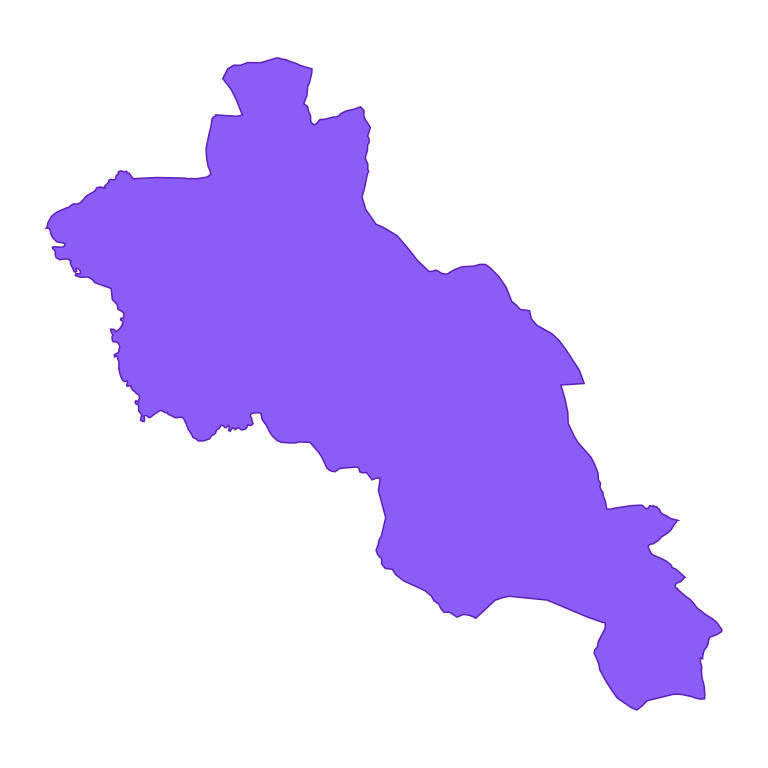 outline of Kalambo, Rukwa, United Republic of Tanzania
{"feature_id": "72390352B91916326383066", "entity_name": "Kalambo", "entity_type": "district", "adm_level": 2, "iso_a3": "TZA", "parent_name": "United Republic of Tanzania", "parent_adm1": "Rukwa", "projection": "mercator", "projection_center": [31.558, -8.538], "detail": "fine", "context": "isolated", "style": "filled", "palette": "violet", "viewbox_px": 768, "rotation_deg": 0, "n_neighbors": 0, "source": "geoboundaries", "source_scale": "gbopen_adm2", "svg_char_len": 6039}
<svg xmlns="http://www.w3.org/2000/svg" viewBox="0 0 768 768"><path d="M365.2,158.1L367.5,150.0L367.6,144.7L368.6,143.6L369.3,141.3L368.9,138.4L367.7,136.1L370.4,127.7L367.7,123.0L365.5,120.2L363.8,115.6L364.0,110.4L360.5,106.8L353.0,109.5L347.8,110.5L344.6,111.6L340.3,114.0L339.1,115.7L335.8,117.0L333.3,117.0L324.7,119.3L320.0,119.5L316.3,123.7L314.4,124.7L312.8,124.1L311.1,122.3L310.7,120.3L310.6,115.8L308.1,110.3L308.1,108.3L307.7,106.7L304.1,103.9L304.1,102.5L307.0,95.4L307.7,86.5L307.9,85.5L309.1,84.1L309.8,81.3L311.8,72.9L312.0,68.9L300.5,65.5L295.6,63.2L289.7,61.4L286.0,59.7L281.9,59.1L278.9,58.0L276.2,58.0L260.8,62.7L247.5,62.6L240.5,65.3L233.8,65.2L227.8,68.6L222.8,78.6L231.1,89.4L236.0,99.1L242.3,114.9L237.3,116.3L215.8,114.9L215.8,116.1L214.1,116.5L212.1,118.6L210.9,126.6L208.9,134.6L206.1,148.4L206.4,155.8L208.1,166.5L210.0,170.5L210.7,174.6L206.8,177.1L197.8,178.6L186.9,178.6L185.4,178.1L157.1,177.5L133.1,178.7L129.2,173.2L127.1,172.9L126.6,171.2L123.9,172.0L121.3,170.8L118.6,171.6L118.2,172.9L118.4,173.9L116.9,174.9L116.3,175.8L115.6,178.6L114.8,179.4L113.1,179.9L110.7,179.3L109.3,179.9L108.7,181.1L108.9,182.1L104.9,185.9L104.3,186.9L105.0,187.8L103.6,188.0L101.7,187.2L99.9,187.0L98.7,187.2L98.5,187.9L96.6,187.9L95.1,190.6L92.7,192.4L88.8,194.4L85.6,196.7L82.6,200.5L79.6,203.2L76.8,204.1L73.5,203.9L70.4,205.7L68.4,207.8L67.2,207.6L56.7,212.2L51.4,216.4L47.9,222.9L47.1,226.7L46.1,228.1L48.4,228.0L50.0,229.9L51.1,234.5L52.7,237.6L55.2,240.4L57.6,242.2L63.0,242.8L64.9,243.7L65.2,244.4L64.1,246.3L62.1,247.2L54.7,246.8L52.3,247.1L53.0,249.1L55.2,251.0L55.3,255.0L56.1,257.6L60.0,259.8L63.5,259.1L67.7,258.9L71.0,261.1L70.2,262.6L71.3,265.5L73.1,268.9L73.5,270.7L74.2,271.6L75.5,272.3L76.9,271.1L75.8,269.4L76.6,268.1L78.9,269.2L80.2,270.9L80.6,273.5L76.0,273.8L75.3,275.5L80.5,277.3L88.0,277.0L92.4,279.6L94.9,282.7L111.2,288.5L112.3,299.5L117.3,304.7L117.9,309.2L121.5,311.2L123.4,312.7L124.0,314.9L123.3,317.8L123.0,318.2L121.0,318.3L120.6,319.4L120.6,320.0L122.5,321.0L123.2,322.2L121.4,326.6L118.9,329.4L115.8,331.9L114.2,329.4L110.5,329.2L111.0,331.4L112.3,334.1L113.0,334.9L112.1,336.5L112.1,339.1L112.6,341.1L113.5,341.8L116.5,342.0L118.3,343.3L119.2,344.6L119.7,347.0L119.0,349.7L119.0,351.4L117.1,353.4L115.1,353.9L114.2,355.0L114.6,356.9L115.8,356.3L117.5,356.5L117.7,358.5L118.9,362.2L118.9,369.7L120.8,376.7L122.3,379.8L124.1,381.5L124.8,381.7L126.5,380.9L127.4,381.7L127.4,383.0L126.6,384.8L126.8,385.9L127.7,386.4L129.9,385.7L130.8,385.9L131.4,388.5L133.2,390.5L135.4,392.2L136.3,393.5L137.9,394.4L139.2,395.7L139.4,398.8L138.7,399.5L138.5,401.4L138.2,401.8L136.6,400.9L135.5,401.0L135.2,402.6L135.5,403.5L136.7,404.4L138.4,404.4L138.7,411.2L141.6,414.6L140.5,420.1L142.5,421.4L144.0,421.5L144.6,419.8L144.4,417.7L143.7,416.0L144.5,415.7L146.5,415.8L147.5,416.1L148.6,417.6L149.8,417.4L150.9,417.0L154.0,414.5L158.3,411.6L161.2,410.4L165.6,412.8L167.1,412.6L168.1,414.2L175.5,417.8L180.8,417.1L183.5,418.2L186.4,424.3L188.2,429.3L190.7,433.0L193.2,437.7L196.2,439.0L198.2,440.9L203.8,440.9L209.8,438.7L211.3,436.0L215.5,433.4L215.9,431.6L217.0,429.4L218.6,429.0L220.1,427.2L220.8,425.4L222.3,425.4L225.9,427.8L228.5,425.6L229.4,426.9L228.6,430.2L230.1,431.3L232.8,427.6L235.4,429.7L236.8,428.4L239.0,427.7L240.5,429.5L242.3,429.9L244.8,429.3L246.5,428.2L247.8,424.8L250.9,425.5L253.1,423.7L252.0,421.1L251.8,418.4L250.4,416.3L250.7,414.1L253.3,413.2L258.0,412.7L260.8,413.1L262.2,419.7L266.4,425.4L269.6,432.0L272.7,436.4L277.1,440.5L281.4,442.3L289.1,442.9L295.8,442.9L299.1,441.9L310.0,442.4L318.2,451.8L321.8,457.1L326.9,468.1L329.4,470.2L332.0,471.3L335.2,471.7L339.8,468.4L355.1,467.1L358.6,467.5L360.0,472.1L362.6,472.7L366.6,472.7L372.2,479.9L376.0,478.2L379.7,478.1L380.0,480.1L378.4,490.4L385.7,517.7L381.1,536.8L379.3,539.2L378.3,544.1L376.1,550.3L377.6,554.4L379.2,556.6L381.6,558.6L381.6,563.8L385.2,568.4L392.3,569.3L395.4,574.3L403.4,580.7L424.7,590.5L431.2,595.9L434.1,600.9L438.8,604.2L441.0,608.8L444.1,612.3L449.4,612.1L457.0,617.1L463.6,614.4L469.4,615.3L474.2,617.2L475.6,618.4L495.2,600.2L502.9,597.6L509.3,596.3L547.2,600.1L587.3,617.0L602.9,622.5L605.3,622.7L605.1,628.4L598.5,641.1L597.4,646.7L594.8,649.9L594.1,653.3L596.3,657.6L599.0,664.6L599.7,669.7L606.2,681.7L611.1,689.3L617.1,697.9L631.5,707.8L636.8,710.0L641.7,706.3L647.3,700.7L672.9,694.4L678.2,694.2L682.8,694.7L692.8,696.9L695.0,697.9L700.1,699.1L704.5,698.9L704.8,695.7L704.4,687.9L703.8,684.5L702.1,678.1L701.5,672.3L701.7,666.5L700.3,660.9L700.3,658.1L702.6,658.8L702.6,657.0L704.1,650.4L706.8,647.0L708.0,643.8L708.8,639.4L709.7,637.4L716.3,634.8L721.7,631.6L721.9,629.6L716.8,622.5L713.2,619.3L705.9,614.7L696.9,607.8L693.5,603.1L690.1,599.4L685.5,596.2L677.5,589.1L677.2,588.3L676.7,588.6L675.4,587.5L675.3,585.3L676.0,583.8L678.0,582.6L681.0,581.5L683.9,578.1L684.0,577.4L685.0,577.2L675.8,569.1L671.9,567.5L671.7,565.9L670.8,564.8L667.1,561.7L662.8,559.2L652.9,554.9L651.1,553.1L648.4,547.4L648.4,545.9L649.2,544.9L651.1,544.1L653.3,543.8L659.1,539.8L661.8,536.7L667.1,533.4L669.6,531.3L671.4,529.4L673.5,525.7L677.2,520.7L678.0,520.4L670.4,518.4L666.5,515.9L662.7,514.1L660.8,512.4L659.7,509.8L656.1,506.5L654.4,506.9L653.6,505.7L651.0,506.1L649.8,505.7L647.5,508.7L645.4,508.3L642.6,505.6L641.5,505.2L639.4,505.2L630.7,505.7L614.3,508.2L610.6,509.2L606.7,508.9L605.5,501.8L603.3,495.7L602.9,492.3L601.2,490.0L600.0,487.1L600.5,483.2L598.4,479.7L598.0,473.1L594.4,463.7L591.0,457.2L578.0,442.5L574.1,436.1L568.2,423.4L567.8,412.3L565.1,399.2L560.9,385.0L584.1,383.5L584.1,383.0L579.1,369.8L565.6,349.2L559.0,340.4L551.9,333.7L536.9,325.3L531.4,318.9L529.5,310.7L520.2,309.5L516.3,305.1L511.7,301.4L506.4,287.7L498.9,276.6L490.2,267.8L485.3,264.4L479.8,264.4L473.9,266.1L461.8,266.8L454.2,269.7L446.8,274.3L441.0,273.1L438.8,271.4L436.8,270.4L434.5,270.3L432.7,271.4L428.8,271.3L417.4,260.4L408.4,248.8L397.3,235.8L383.3,227.3L376.1,224.3L365.7,209.3L362.0,196.7L364.1,190.0L367.4,174.1L368.7,171.4L367.8,169.6L367.8,164.1L365.2,158.1Z" fill="#8b5cf6" stroke="#5b21b6" stroke-width="1.5"/></svg>